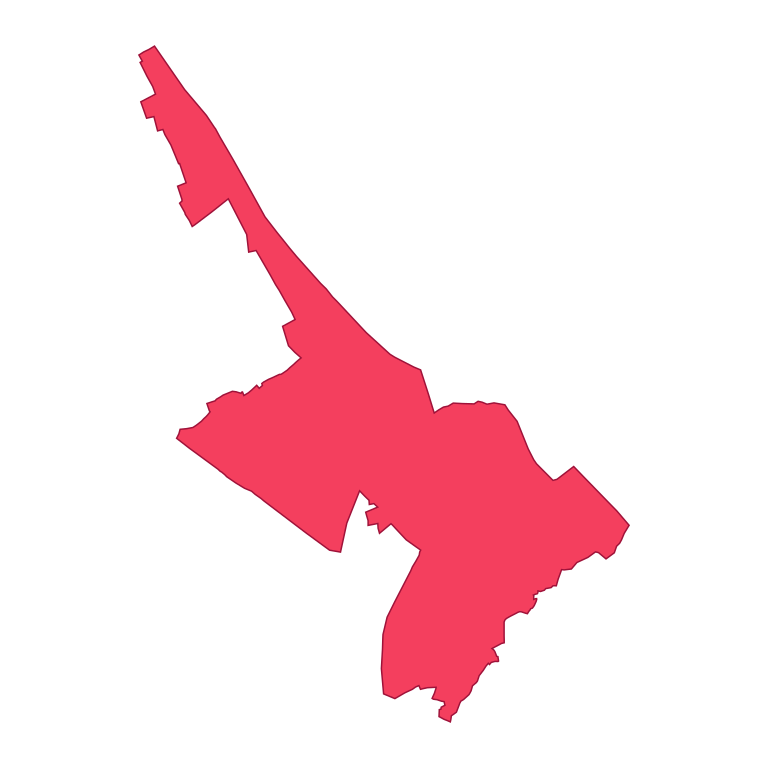 Dala, Kano, Nigeria (Natural Earth projection)
{"feature_id": "59680162B56865757670534", "entity_name": "Dala", "entity_type": "district", "adm_level": 2, "iso_a3": "NGA", "parent_name": "Nigeria", "parent_adm1": "Kano", "projection": "natural_earth1", "projection_center": [8.494, 12.03], "detail": "fine", "context": "isolated", "style": "filled", "palette": "rose", "viewbox_px": 768, "rotation_deg": 0, "n_neighbors": 0, "source": "geoboundaries", "source_scale": "gbopen_adm2", "svg_char_len": 3901}
<svg xmlns="http://www.w3.org/2000/svg" viewBox="0 0 768 768"><path d="M154.5,46.1L149.0,49.4L143.6,52.0L138.9,55.0L142.3,61.2L140.1,62.4L146.9,76.1L152.7,86.5L155.5,94.1L140.8,101.8L146.6,118.2L153.9,116.6L157.6,130.9L162.9,129.5L164.9,134.6L170.9,145.0L178.6,163.7L179.6,163.5L182.6,172.4L186.1,182.8L177.6,186.2L181.9,199.3L182.0,201.0L179.6,203.2L184.8,212.5L185.3,214.4L189.4,220.6L192.2,226.5L194.6,224.9L211.8,211.9L228.3,198.8L246.7,234.5L248.7,252.1L256.1,250.5L270.0,274.5L275.6,284.7L279.2,290.3L284.9,300.5L291.7,312.2L295.1,319.5L282.6,326.3L288.5,345.8L294.9,352.4L298.9,355.9L301.1,357.9L298.5,360.0L296.1,362.1L293.2,364.8L289.8,367.7L287.2,370.2L282.8,373.2L281.1,374.3L279.4,374.4L271.7,378.0L268.6,379.3L263.7,382.0L261.8,383.5L262.3,385.2L262.4,385.5L259.2,388.3L258.4,387.3L256.7,385.3L251.7,390.0L249.1,392.2L248.4,392.8L243.9,395.5L243.4,394.3L242.5,392.0L241.6,392.2L241.2,392.9L241.0,393.3L238.7,392.6L236.1,391.8L232.4,391.3L223.1,395.1L220.6,396.8L216.5,399.2L215.0,400.9L212.0,401.8L206.9,403.5L209.4,410.9L210.1,411.8L209.5,412.6L207.5,415.1L207.3,415.3L206.1,416.6L203.8,418.7L201.5,421.2L196.1,425.4L192.9,427.5L187.0,428.6L185.4,428.8L184.3,428.9L180.1,429.3L178.9,433.8L177.5,436.6L176.6,438.3L189.6,448.4L218.0,469.2L220.2,471.3L221.7,472.1L222.5,472.8L224.7,474.6L226.7,476.7L236.3,483.3L244.6,488.3L251.6,491.2L255.1,494.3L260.8,498.3L264.0,501.0L306.8,533.5L329.6,550.2L340.5,552.1L346.8,523.1L359.6,490.8L364.8,496.2L369.0,500.3L369.3,504.5L373.9,503.6L377.7,507.1L365.7,512.2L366.8,516.2L368.1,520.6L368.1,525.4L377.8,523.5L378.1,528.3L379.5,533.3L391.0,523.7L392.6,525.2L395.8,528.7L406.2,539.8L416.0,546.8L420.7,550.1L419.7,552.0L419.2,555.2L415.8,561.3L412.4,566.9L410.8,570.7L397.7,596.1L394.4,602.5L387.1,617.2L383.0,634.5L382.8,639.2L382.5,649.2L381.4,668.6L383.6,693.9L394.9,698.6L404.9,692.8L412.4,689.3L415.6,687.0L418.9,685.6L420.5,689.3L422.9,688.7L427.4,687.7L433.6,687.4L436.1,687.3L436.0,688.3L434.4,693.3L432.1,698.4L433.4,699.2L437.1,699.7L441.5,701.2L444.1,701.6L444.9,705.3L441.2,707.2L440.9,709.2L439.3,709.6L439.0,716.6L441.1,717.7L444.0,719.3L447.1,720.5L449.2,721.4L450.3,721.9L450.8,719.8L451.4,715.7L453.4,714.4L456.4,712.2L459.4,704.3L459.7,703.3L460.3,702.3L460.8,701.2L463.6,699.5L469.0,694.6L470.1,692.7L471.1,690.8L472.5,685.8L476.4,682.5L476.4,682.4L477.4,681.1L479.2,675.6L483.3,670.3L485.9,666.2L488.3,663.3L489.5,664.5L491.3,662.4L495.0,661.4L498.0,661.5L498.3,661.3L498.5,661.2L498.5,660.6L497.9,656.6L496.6,656.3L496.2,655.0L495.8,654.0L495.5,653.2L495.1,652.2L494.8,651.5L493.8,650.0L492.0,648.5L501.6,643.4L504.2,642.8L504.2,640.1L504.1,635.9L504.1,622.1L504.2,621.9L504.9,620.0L506.4,618.5L508.6,617.2L510.6,616.1L515.5,613.6L516.1,613.3L517.9,612.3L519.7,611.7L521.3,611.8L525.5,613.2L527.4,613.7L528.4,612.1L529.1,611.0L529.8,610.3L530.6,608.8L532.4,608.1L533.7,606.4L534.5,605.0L536.1,601.5L536.7,599.4L536.6,598.6L535.5,598.7L533.7,599.4L533.7,597.3L533.8,596.4L533.7,596.0L533.4,595.0L534.3,594.8L535.0,594.3L537.2,593.8L537.8,592.9L538.0,590.9L540.5,591.5L544.4,590.2L545.7,588.6L551.1,587.6L553.0,585.8L554.2,585.7L556.3,585.8L558.1,579.3L561.6,569.6L564.1,569.9L571.4,569.0L576.9,562.5L587.9,557.4L595.5,551.9L598.5,552.6L606.0,558.9L614.3,552.8L616.6,546.2L619.6,543.3L621.5,539.9L624.2,533.4L629.1,525.3L616.8,510.9L607.6,501.5L583.5,476.7L573.7,466.5L557.0,479.3L553.0,480.4L536.5,463.8L533.7,459.7L528.2,448.9L517.1,421.3L508.2,410.0L504.9,404.8L494.0,402.9L487.0,404.2L482.1,402.2L478.1,401.3L474.1,403.9L462.7,403.6L453.2,403.1L448.2,406.1L443.4,407.1L439.0,409.7L434.2,413.0L428.3,393.8L420.6,369.9L413.7,367.0L394.7,357.2L389.9,354.2L366.2,332.6L336.8,301.2L332.5,296.9L326.3,289.0L320.5,283.3L296.3,256.2L289.4,247.9L283.5,240.5L277.2,232.7L265.0,216.9L248.6,187.2L233.1,159.6L219.8,136.8L215.5,128.8L214.4,127.4L206.4,115.4L184.6,89.6L154.5,46.1Z" fill="#f43f5e" stroke="#9f1239" stroke-width="1.5"/></svg>